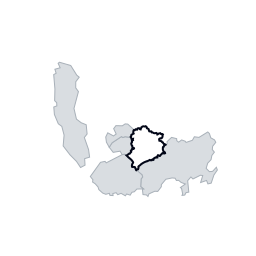 Belarus and the surrounding countries, rotated 324°
{"feature_id": "BLR", "entity_name": "Belarus", "entity_type": "country or territory", "adm_level": 0, "iso_a3": "BLR", "parent_name": "Europe", "parent_adm1": "", "projection": "orthographic", "projection_center": [28.129, 53.705], "detail": "fine", "context": "with_neighbors", "style": "outline", "palette": "ink", "viewbox_px": 256, "rotation_deg": 324, "n_neighbors": 5, "source": "natural_earth", "source_scale": "50m", "svg_char_len": 6319}
<svg xmlns="http://www.w3.org/2000/svg" viewBox="0 0 256 256"><g transform="rotate(324 128 128)"><path d="M65.0,104.4L72.1,96.2L75.4,87.8L74.1,83.6L76.4,73.8L80.3,67.4L83.4,68.3L85.2,65.6L84.7,62.8L91.8,53.5L99.3,41.1L102.0,41.5L103.4,37.5L108.5,39.4L109.5,34.6L111.2,34.5L118.4,43.8L117.6,55.2L118.4,58.2L112.9,59.9L109.3,64.8L109.3,69.4L95.8,80.4L91.5,90.5L93.2,96.2L96.1,100.8L91.4,108.8L87.1,110.0L83.4,122.3L79.8,129.0L74.9,127.3L71.4,132.8L66.4,132.1L66.7,124.8L65.3,115.6L65.0,104.4Z" fill="#d9dde1" stroke="#a8b0b8" stroke-width="1"/><path d="M168.2,211.2L171.0,212.8L176.4,211.7L175.6,214.5L169.9,216.5L162.9,221.5L159.8,220.2L160.7,216.6L154.7,214.8L160.5,210.4L158.9,208.8L150.6,207.4L150.1,204.6L145.3,205.7L139.5,215.6L137.0,214.4L134.5,215.6L132.1,214.3L133.5,213.4L135.8,208.4L135.4,207.0L141.5,207.0L139.0,203.3L138.2,200.1L136.3,198.9L136.6,196.3L134.3,194.3L128.5,191.7L121.7,193.4L120.4,195.1L114.8,196.8L112.5,194.9L106.2,193.6L103.9,195.1L103.6,193.0L101.0,190.7L103.7,185.9L104.8,186.4L103.8,182.9L108.7,176.9L111.1,176.2L111.8,174.1L109.7,167.3L112.0,167.1L114.7,165.2L123.1,165.9L133.9,169.1L135.6,167.8L136.9,169.5L143.1,169.8L143.3,165.9L144.7,164.2L150.5,163.8L151.5,162.0L157.7,161.2L161.1,165.2L160.0,166.9L160.6,169.2L164.4,169.2L166.5,172.3L166.5,173.8L172.9,175.8L176.5,174.1L179.9,177.3L190.2,178.1L190.6,180.3L189.2,184.6L191.0,188.5L190.6,191.2L185.8,192.5L183.5,195.0L183.7,198.3L179.7,199.5L176.6,202.4L171.8,203.3L167.5,206.6L168.2,211.2Z" fill="#d9dde1" stroke="#a8b0b8" stroke-width="1"/><path d="M110.7,149.5L110.7,152.9L111.7,155.8L111.5,158.9L108.7,160.2L111.8,174.1L111.1,176.2L108.7,176.9L103.8,182.9L104.8,186.4L99.3,182.6L95.6,183.3L93.4,182.3L90.3,183.6L88.1,180.6L86.0,181.3L84.0,176.8L80.5,175.9L80.4,173.4L77.2,172.1L76.2,173.9L73.8,171.9L74.5,169.9L71.1,168.6L69.3,165.8L68.2,160.7L69.1,158.1L68.7,153.9L67.6,150.9L69.2,149.2L69.0,145.1L85.6,139.6L89.8,141.5L89.9,143.4L107.6,146.1L109.8,147.1L110.7,149.5Z" fill="#d9dde1" stroke="#a8b0b8" stroke-width="1"/><path d="M124.5,137.1L124.8,140.5L121.2,142.9L120.0,147.1L115.0,149.8L110.7,149.5L109.8,147.1L107.6,146.1L108.0,142.1L101.7,139.0L101.5,132.5L106.5,130.6L117.7,131.1L118.3,132.7L120.5,133.3L124.5,137.1Z" fill="#d9dde1" stroke="#a8b0b8" stroke-width="1"/><path d="M128.1,123.0L130.1,124.7L131.8,132.9L124.5,137.1L120.5,133.3L118.3,132.7L117.7,131.1L106.5,130.6L101.5,132.5L102.2,126.8L104.7,122.2L108.8,120.0L111.6,125.9L114.9,125.9L116.0,120.1L119.6,119.0L124.7,122.9L128.1,123.0Z" fill="#d9dde1" stroke="#a8b0b8" stroke-width="1"/><path d="M148.6,163.6L147.7,163.5L146.6,163.6L146.0,164.1L145.8,164.0L145.4,163.9L144.9,164.1L144.3,164.9L143.9,165.3L143.5,166.0L143.4,166.3L143.2,166.9L143.0,167.6L143.1,168.1L143.3,168.6L143.4,169.1L143.5,169.5L143.2,169.8L143.1,170.2L142.6,170.1L142.1,169.7L141.9,169.2L141.5,168.8L141.2,168.6L140.7,168.6L140.0,168.8L139.1,168.9L138.3,169.0L137.9,169.2L137.4,169.4L137.1,169.2L136.8,168.6L136.5,167.9L136.3,167.6L136.2,167.6L135.7,167.8L135.6,168.0L135.3,168.1L135.0,168.2L134.7,168.5L134.4,169.1L134.2,169.0L134.0,168.9L133.8,168.2L133.5,168.1L133.0,168.1L132.3,167.9L131.8,167.7L131.6,167.8L131.3,168.1L131.0,168.1L130.3,167.9L130.1,168.0L129.9,168.3L129.7,168.7L129.4,168.6L129.5,168.0L129.1,167.8L128.3,167.7L127.8,167.8L127.6,167.8L127.5,167.7L126.9,166.6L126.6,166.5L126.0,166.6L125.2,166.4L124.2,166.2L123.6,166.1L123.4,165.8L122.8,165.7L121.2,165.3L120.5,165.2L119.6,165.1L118.1,165.0L117.1,165.0L116.7,165.1L116.2,165.2L115.3,165.2L115.0,165.2L114.4,165.2L113.8,165.3L113.6,165.5L113.4,166.0L112.6,166.8L111.9,167.3L111.4,167.0L111.0,166.9L110.6,166.8L110.3,166.9L110.1,167.0L110.1,167.7L110.1,167.8L109.8,167.0L109.9,166.3L110.1,165.9L110.3,165.5L110.3,165.0L110.5,164.3L110.6,163.8L110.5,163.6L110.3,163.3L109.9,163.0L109.7,162.7L109.1,162.4L108.5,162.0L108.5,161.8L108.5,161.6L108.6,161.4L109.1,160.7L109.7,160.1L110.0,159.8L111.7,159.1L112.0,158.8L112.1,158.3L112.1,157.9L112.1,157.3L112.1,156.3L112.0,155.7L111.8,154.5L111.1,151.9L110.7,149.3L111.0,149.4L111.8,149.6L112.4,149.4L112.8,149.4L113.1,149.5L113.5,149.4L113.9,149.4L114.1,149.6L114.4,149.8L115.2,149.6L115.8,149.3L116.5,149.3L116.6,149.2L116.8,148.2L117.0,148.0L117.8,148.2L118.1,148.0L118.4,147.6L118.9,147.3L119.3,147.3L119.7,147.0L119.9,147.3L119.9,147.6L119.8,147.9L119.9,148.1L120.1,148.2L120.6,148.2L120.9,148.1L121.0,147.9L121.0,147.6L120.9,147.3L120.7,147.1L120.4,146.9L120.1,146.9L120.2,146.4L120.4,145.8L120.7,145.2L120.9,145.0L121.0,144.8L120.9,144.5L120.9,143.8L121.2,143.0L121.6,142.3L122.1,142.1L122.6,142.0L123.0,141.7L123.2,141.4L123.3,141.1L123.4,140.8L123.5,140.7L124.9,140.8L125.1,140.2L125.5,139.9L125.7,139.7L125.3,139.5L124.5,139.4L124.3,139.2L124.4,138.9L124.6,138.4L124.8,137.6L124.9,137.0L124.9,136.7L125.1,136.6L125.7,136.5L125.9,136.4L126.5,135.6L126.9,135.5L128.0,135.7L128.5,135.7L129.2,135.8L129.2,135.7L129.5,134.9L129.7,134.7L130.6,133.6L131.1,133.2L131.5,133.1L132.2,133.8L132.4,133.8L132.7,133.6L133.4,133.5L133.7,133.8L134.0,134.2L134.2,134.6L134.4,134.7L135.0,134.2L135.4,134.0L135.6,134.0L136.5,134.4L136.9,134.7L137.0,134.9L137.0,135.1L136.9,135.4L136.8,135.8L137.1,136.3L137.4,136.6L138.0,136.1L138.2,135.9L138.5,135.9L138.8,135.7L139.1,135.4L139.3,135.3L139.8,135.4L140.6,135.3L141.5,135.7L141.6,135.8L142.1,136.3L142.3,136.6L142.5,136.7L142.7,136.9L143.1,137.1L143.3,137.0L143.5,137.3L143.6,137.6L143.6,138.6L143.4,138.9L143.2,139.1L143.2,139.3L143.2,139.5L143.5,139.9L143.9,140.6L144.0,140.9L144.0,141.2L143.6,142.1L143.4,142.3L143.3,142.7L143.3,143.1L143.3,143.3L144.1,143.9L144.8,144.3L144.9,144.5L144.6,145.3L144.6,145.5L145.1,145.7L145.4,146.2L145.7,147.0L146.2,147.7L147.2,148.3L148.0,148.6L148.1,148.8L148.2,149.1L148.2,149.6L148.0,150.2L147.9,150.5L148.2,150.6L149.0,150.6L149.9,150.6L151.1,151.2L151.1,151.5L151.0,151.8L151.1,152.1L151.2,152.3L152.2,153.0L152.4,153.3L152.4,153.6L152.4,153.9L152.1,154.0L151.8,154.1L151.3,154.5L151.2,154.9L150.4,155.6L149.9,155.9L149.5,155.9L148.6,155.9L148.2,155.6L148.1,155.3L147.7,155.2L147.2,155.2L146.6,155.3L146.4,155.7L146.1,156.3L145.9,156.7L146.1,156.9L146.4,157.3L146.8,157.8L147.3,158.3L147.4,158.6L147.4,158.8L147.2,159.1L147.3,159.6L147.7,160.2L147.6,160.3L147.6,161.1L147.6,162.0L147.8,162.2L148.0,162.3L148.2,162.7L148.6,163.4L148.6,163.6Z" fill="none" stroke="#020617" stroke-width="2"/></g></svg>